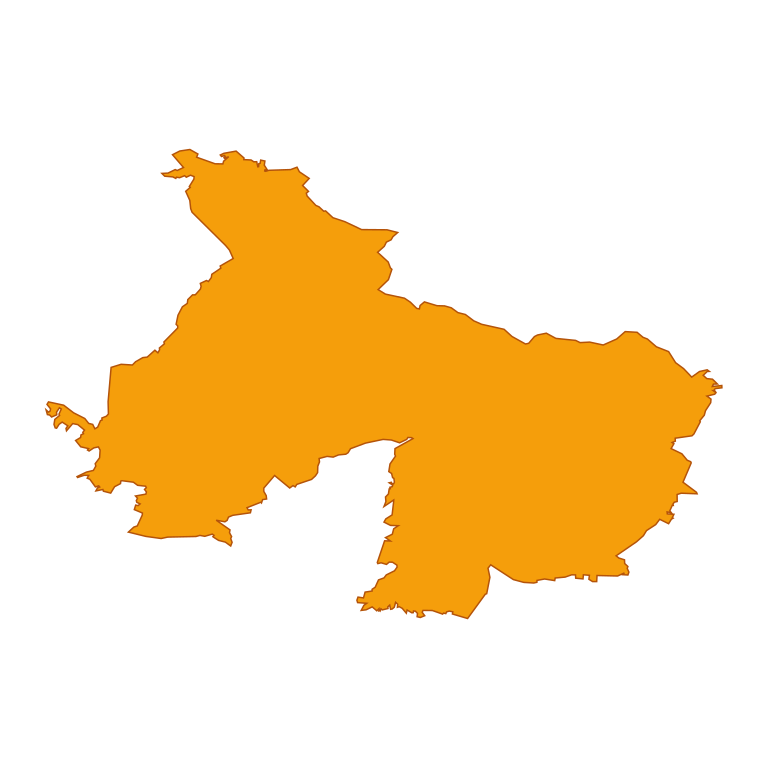 outline of Husnicioara, Mehedinti, Romania
{"feature_id": "2599482B73599404169892", "entity_name": "Husnicioara", "entity_type": "district", "adm_level": 2, "iso_a3": "ROU", "parent_name": "Romania", "parent_adm1": "Mehedinti", "projection": "robinson", "projection_center": [22.847, 44.668], "detail": "fine", "context": "isolated", "style": "filled", "palette": "amber", "viewbox_px": 768, "rotation_deg": 0, "n_neighbors": 0, "source": "geoboundaries", "source_scale": "gbopen_adm2", "svg_char_len": 6071}
<svg xmlns="http://www.w3.org/2000/svg" viewBox="0 0 768 768"><path d="M711.0,399.1L706.9,396.1L714.7,394.2L716.0,392.7L713.3,390.7L714.7,390.8L714.0,390.1L715.3,388.6L721.9,387.8L721.8,385.5L712.3,386.5L713.4,384.1L717.4,384.0L712.5,379.2L706.8,378.6L703.2,375.3L707.2,371.5L709.3,371.4L707.2,369.8L699.5,371.5L691.7,377.1L683.6,368.6L675.6,362.7L668.6,351.6L656.4,346.8L647.4,339.0L643.0,337.3L637.1,332.3L625.2,331.6L616.7,339.0L603.2,345.0L589.7,342.1L580.1,342.6L575.6,340.4L555.9,338.4L546.3,333.2L537.5,335.0L534.4,336.6L528.7,343.3L525.5,344.0L512.0,336.5L504.1,329.3L481.7,324.3L473.7,320.8L465.4,314.5L457.9,312.6L451.3,307.8L444.6,305.9L437.0,305.7L424.4,301.9L420.1,305.5L419.4,308.9L416.7,308.4L410.4,302.2L404.5,298.2L385.4,294.1L378.1,289.6L388.4,279.7L391.9,269.3L390.4,267.9L388.2,262.0L377.6,252.3L384.3,246.3L386.4,242.1L391.1,239.8L392.9,236.7L397.7,232.5L387.0,229.8L361.6,229.6L344.9,221.7L332.9,217.7L325.6,210.9L323.7,211.2L319.0,206.8L315.8,205.4L307.1,196.0L306.3,193.2L308.5,191.4L302.6,185.5L309.2,178.4L299.4,171.8L297.0,167.2L290.6,169.6L268.9,170.3L265.7,171.3L264.7,171.0L264.9,169.9L267.1,169.6L264.3,165.2L264.9,161.0L260.7,160.1L260.1,163.3L258.8,163.7L258.6,166.7L257.8,166.8L256.7,161.7L253.8,161.8L251.1,160.0L243.8,159.6L244.0,158.0L236.1,151.1L223.9,153.3L220.3,155.0L221.5,156.5L224.6,155.5L225.3,156.8L224.0,157.5L224.4,158.3L228.7,156.7L223.6,161.2L222.9,163.9L215.1,163.8L196.6,157.2L197.9,154.0L189.9,149.5L179.8,151.0L172.5,154.7L183.5,167.5L177.2,170.5L175.2,169.6L168.0,173.1L161.9,173.4L164.7,176.2L172.8,176.9L175.8,178.4L176.5,177.2L179.6,177.7L184.6,175.7L186.3,177.2L190.5,175.2L194.1,176.6L193.9,179.1L189.3,186.5L190.2,187.4L185.7,191.3L189.8,200.4L190.7,208.7L192.1,212.3L225.6,245.5L229.4,250.0L233.2,258.5L220.2,266.0L220.8,268.2L211.8,274.3L211.3,277.6L208.4,281.5L206.5,280.5L200.3,283.4L201.1,286.3L200.4,289.1L195.3,294.8L192.5,294.9L187.8,299.6L187.3,303.4L182.4,306.8L178.0,315.2L176.1,324.3L177.7,325.9L177.7,328.0L163.9,342.0L164.4,343.8L159.4,348.0L159.6,349.8L157.9,352.8L154.9,350.2L147.2,357.1L142.8,357.6L135.6,361.7L132.4,365.0L121.1,364.3L111.1,367.4L108.1,401.7L108.4,414.0L106.4,416.2L101.9,418.0L102.0,420.1L100.5,420.6L97.7,427.1L94.9,428.8L92.7,424.4L88.7,423.4L84.8,418.5L73.6,412.8L63.7,405.2L48.5,401.9L47.0,404.4L50.6,408.9L50.0,411.2L48.5,412.1L46.1,409.9L47.4,414.6L49.6,415.0L51.6,417.0L56.8,414.8L56.5,412.2L59.4,407.8L61.3,409.0L59.0,414.1L59.6,415.4L54.8,419.4L54.0,424.4L55.2,427.9L56.6,428.2L59.1,424.3L62.2,422.1L67.8,425.8L66.0,428.4L66.5,430.8L72.7,423.6L77.8,424.6L84.5,430.1L82.8,432.4L83.5,433.7L81.0,434.9L80.6,437.5L75.6,440.5L80.7,446.8L88.6,448.6L87.5,450.0L89.1,451.0L93.8,447.9L98.4,446.9L100.1,450.1L99.6,457.8L95.2,463.7L95.8,466.1L93.4,470.4L86.4,472.1L77.0,476.6L77.6,477.5L84.1,475.3L88.7,475.4L87.2,478.2L89.9,479.3L95.4,486.9L98.7,485.8L99.7,487.0L97.5,487.9L95.9,490.9L102.9,489.5L103.4,491.2L110.7,493.1L114.6,486.7L120.5,483.6L120.8,481.1L121.9,480.7L133.4,482.2L137.6,485.3L145.6,486.2L146.3,487.7L144.5,489.4L146.4,491.9L145.9,494.1L135.5,496.0L137.5,498.2L136.3,500.6L136.8,502.3L140.1,503.9L138.1,505.6L135.7,505.1L134.3,509.6L142.4,513.0L142.3,515.0L137.3,525.9L133.8,527.1L128.4,532.1L145.8,536.4L161.1,538.5L167.7,537.1L196.0,536.5L199.9,535.4L204.8,536.3L212.3,534.1L214.0,535.3L212.9,536.7L215.1,538.2L218.6,540.4L225.3,542.1L230.7,546.0L232.1,542.3L230.7,538.6L231.6,536.6L229.5,532.7L230.0,529.9L216.2,520.2L224.9,521.8L227.1,520.4L228.5,517.1L232.8,515.3L250.4,512.8L251.1,509.8L248.2,509.9L247.0,507.7L260.9,502.2L261.5,502.9L262.6,499.6L266.6,499.0L266.2,495.6L263.8,491.4L263.8,488.1L274.6,475.5L289.7,488.0L293.0,485.6L295.2,486.9L296.8,484.4L311.6,479.4L315.5,475.8L317.6,472.6L317.8,466.2L319.5,461.9L319.1,458.5L327.1,456.4L333.2,457.1L338.6,454.9L345.8,454.2L348.1,452.7L350.5,448.7L365.5,443.1L383.1,439.4L391.3,440.0L399.6,442.8L406.7,439.4L407.9,437.5L411.5,437.6L413.0,438.6L395.0,448.6L394.7,454.2L395.5,456.1L390.0,464.0L388.8,471.6L391.6,473.5L392.6,477.6L393.9,478.4L394.4,482.2L393.6,483.8L392.1,483.8L391.4,482.3L389.2,482.8L392.7,485.1L392.3,486.6L389.9,487.3L390.3,488.7L389.2,488.9L388.4,494.0L385.5,497.0L385.9,501.6L384.0,506.5L393.7,500.0L393.6,502.0L392.1,514.9L385.8,518.9L384.0,522.1L390.5,525.4L398.3,525.7L393.7,528.8L392.3,534.2L385.5,537.6L390.4,541.0L384.6,540.8L377.3,562.5L377.8,563.6L381.1,562.8L386.5,564.4L389.2,562.1L392.5,562.2L396.9,565.1L397.1,567.1L394.5,570.8L386.3,574.9L384.0,577.9L378.5,579.9L375.2,587.2L372.1,589.3L372.1,591.0L365.1,592.1L363.5,597.9L358.0,597.1L356.9,600.2L357.6,602.6L366.7,603.3L363.9,605.3L361.2,610.4L366.1,609.8L372.2,606.9L376.8,610.8L378.9,608.7L378.9,611.0L379.7,610.8L379.8,608.8L380.4,610.4L381.0,608.8L382.3,609.9L388.0,608.5L387.8,606.9L389.7,605.1L390.6,609.3L392.2,609.0L394.3,607.2L395.6,602.3L397.7,604.2L397.4,607.3L399.2,606.7L402.2,608.3L406.3,613.2L407.1,610.0L411.8,612.8L413.2,612.7L413.5,611.0L415.4,611.2L417.5,613.4L417.1,616.7L420.3,617.5L424.7,615.7L422.2,612.3L423.0,610.4L432.3,610.5L442.6,614.1L443.6,613.1L445.8,613.6L446.6,611.9L449.2,611.1L452.8,611.8L452.4,614.0L467.6,618.5L485.3,594.2L486.7,593.7L489.9,577.3L488.0,568.2L490.7,564.8L513.4,579.6L523.8,582.4L533.8,583.0L536.9,582.3L537.0,580.4L544.6,579.0L554.7,580.6L555.2,578.0L565.1,577.1L571.7,574.8L575.5,574.9L575.7,578.2L583.0,578.9L583.4,574.8L589.4,575.3L588.9,579.3L592.6,581.6L596.7,581.6L597.0,575.5L617.6,576.0L624.4,572.9L622.9,574.7L627.9,575.0L628.9,572.1L627.2,568.4L627.9,566.5L624.7,563.5L624.5,559.8L618.8,558.0L616.1,555.8L636.5,541.8L643.4,535.7L646.5,530.6L655.7,524.6L659.7,519.3L668.6,523.7L671.4,519.2L673.1,518.2L672.3,517.7L673.9,514.3L667.3,513.9L667.1,511.9L671.3,512.7L669.8,510.8L672.3,505.3L673.3,505.4L673.0,504.0L674.3,502.2L677.2,501.5L677.1,494.5L681.2,493.2L697.1,493.8L696.5,492.3L683.0,482.2L691.2,462.9L690.7,461.7L687.2,460.2L681.9,453.8L671.1,448.6L673.9,443.7L672.1,442.5L675.3,441.2L675.2,438.2L692.0,435.8L693.9,434.0L700.3,421.8L699.7,420.8L704.3,415.2L705.5,410.7L710.7,402.7L711.0,399.1Z" fill="#f59e0b" stroke="#b45309" stroke-width="1.5"/></svg>